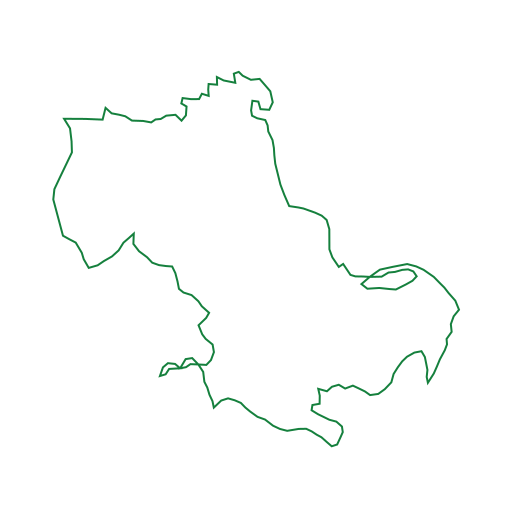 Porto Rico do Maranhão, Maranhão, Brazil, rotated 96°
{"feature_id": "56859067B69390320621521", "entity_name": "Porto Rico do Maranhão", "entity_type": "district", "adm_level": 2, "iso_a3": "BRA", "parent_name": "Brazil", "parent_adm1": "Maranhão", "projection": "mercator", "projection_center": [-44.622, -1.877], "detail": "fine", "context": "isolated", "style": "outline", "palette": "green", "viewbox_px": 512, "rotation_deg": 96, "n_neighbors": 0, "source": "geoboundaries", "source_scale": "gbopen_adm2", "svg_char_len": 2802}
<svg xmlns="http://www.w3.org/2000/svg" viewBox="0 0 512 512"><g transform="rotate(96 256 256)"><path d="M369.9,302.0L376.8,296.4L386.5,294.2L391.9,290.7L398.8,287.8L404.9,284.1L411.2,282.1L403.4,275.5L400.5,268.9L401.7,262.1L403.7,255.7L407.8,250.8L411.2,245.7L415.8,237.7L417.7,229.9L423.0,221.3L425.5,214.1L426.6,206.7L423.5,195.4L422.6,188.0L424.6,182.3L427.4,176.9L429.4,172.0L433.5,166.3L437.3,160.8L435.0,155.6L427.4,153.0L422.1,151.3L416.6,152.7L412.3,158.8L411.2,165.9L408.9,172.2L406.9,177.7L403.6,184.6L398.3,184.3L396.3,177.3L388.2,178.0L381.6,180.2L383.1,171.3L378.1,166.8L375.4,160.2L378.5,153.5L374.8,146.1L377.0,139.8L379.3,133.5L382.4,128.0L380.4,120.0L375.0,114.0L367.5,108.2L358.9,106.8L351.8,103.3L345.5,99.6L340.4,95.3L335.5,88.4L333.4,81.5L338.8,77.5L345.2,75.5L351.4,73.6L358.4,73.6L364.1,71.8L354.3,66.9L347.2,64.6L339.5,62.3L330.0,58.4L323.9,56.8L318.6,57.8L311.0,53.5L303.4,55.1L295.3,53.1L288.2,48.5L279.6,53.1L272.7,60.6L267.7,65.4L264.0,70.0L258.2,77.0L252.2,87.9L249.6,95.6L248.2,104.8L252.5,118.9L256.6,131.3L260.0,135.2L264.9,140.7L265.2,147.3L265.9,155.0L264.9,160.1L254.8,168.5L258.2,172.5L249.4,179.9L241.7,183.7L221.6,185.9L212.8,189.5L209.0,194.9L206.7,201.8L203.8,213.8L203.3,219.0L202.9,228.2L192.3,234.2L182.4,239.2L162.2,246.5L153.9,248.3L146.7,249.5L139.0,251.7L130.9,256.8L124.9,258.1L119.8,261.0L118.9,269.2L116.9,274.6L111.7,276.1L102.0,275.8L102.2,269.8L109.5,266.9L109.2,258.1L101.4,255.4L90.7,259.0L85.0,265.0L79.5,270.9L81.3,279.5L78.1,288.1L74.7,292.4L77.0,297.1L85.9,294.7L84.8,306.5L82.1,313.6L89.7,312.6L89.9,321.1L95.6,320.9L101.7,319.8L100.3,326.8L105.9,329.0L106.8,337.2L106.6,345.5L112.1,346.2L114.6,340.7L123.5,340.4L129.2,344.2L124.0,350.8L125.8,359.9L129.7,365.1L130.7,370.2L134.1,374.2L133.5,382.3L134.3,393.5L130.7,400.6L129.8,407.0L129.2,414.5L124.4,421.1L136.4,422.8L137.5,440.0L139.6,461.2L148.5,454.3L161.3,451.4L172.2,449.9L197.4,458.9L210.6,463.5L221.0,463.5L256.0,450.1L258.8,443.5L261.5,436.7L271.0,429.6L277.2,427.0L285.3,421.1L281.8,412.5L276.9,406.7L271.5,399.2L264.8,393.2L256.6,389.2L251.4,384.3L246.5,379.9L256.8,379.2L263.5,372.8L268.6,364.2L273.5,358.5L275.2,351.5L275.4,344.4L275.2,338.3L281.5,334.4L289.5,331.4L296.7,329.2L299.9,324.3L301.6,316.0L307.0,308.6L311.7,304.6L317.4,296.7L322.8,299.1L330.9,305.9L339.5,301.3L343.7,297.4L348.6,289.9L356.0,287.8L364.2,289.9L369.5,294.0L369.9,302.0ZM264.9,140.7L263.4,128.9L258.6,122.5L257.3,116.1L254.5,109.1L253.4,103.3L254.9,97.9L259.4,94.1L264.3,97.8L268.6,103.9L274.7,113.4L274.9,119.4L274.9,130.0L276.9,141.8L272.9,148.2L264.9,140.7ZM375.6,319.7L371.8,325.2L371.8,332.4L376.5,336.9L385.4,339.0L383.1,333.5L377.4,330.6L375.6,319.7ZM375.6,319.7L373.9,314.0L370.4,309.9L369.9,302.0L364.2,308.8L365.9,315.2L375.6,319.7Z" fill="none" stroke="#15803d" stroke-width="2"/></g></svg>